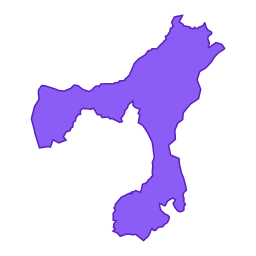 the district of Praitori, Paphos, Cyprus
{"feature_id": "46923920B29566977103124", "entity_name": "Praitori", "entity_type": "district", "adm_level": 2, "iso_a3": "CYP", "parent_name": "Cyprus", "parent_adm1": "Paphos", "projection": "robinson", "projection_center": [32.742, 34.839], "detail": "fine", "context": "isolated", "style": "filled", "palette": "violet", "viewbox_px": 256, "rotation_deg": 0, "n_neighbors": 0, "source": "geoboundaries", "source_scale": "gbopen_adm2", "svg_char_len": 3198}
<svg xmlns="http://www.w3.org/2000/svg" viewBox="0 0 256 256"><path d="M174.2,17.1L173.3,19.1L171.6,22.2L173.2,26.4L170.3,28.7L169.9,31.4L168.3,34.1L167.4,35.4L165.4,36.3L166.1,39.4L164.4,40.7L163.3,42.1L162.1,43.4L160.1,45.2L157.2,48.5L156.6,49.0L153.7,48.7L151.8,48.9L150.8,50.4L148.5,50.6L147.2,52.0L145.1,55.0L138.6,58.9L134.3,63.5L132.4,68.2L129.3,75.1L126.1,78.5L125.4,78.5L124.5,80.6L119.4,80.9L118.6,82.5L115.2,82.7L113.2,83.8L108.3,83.8L106.2,83.8L101.1,83.9L99.1,86.5L98.2,86.0L95.4,86.4L91.5,90.3L88.5,91.5L82.4,89.2L78.1,85.7L74.0,85.0L70.8,88.3L64.0,91.1L57.8,90.3L56.5,89.5L52.9,88.3L45.8,86.0L41.7,85.6L38.7,89.7L38.7,89.3L38.3,91.8L39.0,99.3L34.6,106.3L31.4,118.8L34.2,129.3L35.1,133.8L39.5,147.9L40.2,147.8L48.2,146.6L50.4,147.1L53.0,139.9L58.9,142.9L66.1,140.1L63.4,136.9L66.1,131.9L70.1,130.6L70.9,128.1L72.6,127.2L73.3,122.3L75.4,120.9L76.0,117.6L78.2,114.7L80.5,114.3L80.3,110.6L81.2,109.9L82.6,108.5L84.0,108.3L84.5,108.8L87.6,108.8L91.3,109.3L93.5,108.1L97.4,114.7L100.6,114.7L101.9,117.5L105.7,117.2L108.8,117.2L109.6,118.7L112.8,118.8L114.8,119.9L117.3,121.1L119.6,122.3L122.3,121.6L121.0,118.2L122.8,116.0L124.4,113.4L125.3,110.1L127.3,108.0L128.5,104.5L132.8,101.2L133.1,105.4L135.6,107.7L139.9,109.1L138.2,113.6L139.7,114.9L138.3,122.7L142.6,125.2L145.3,129.0L147.9,133.2L150.0,137.6L152.1,141.8L152.9,146.4L153.5,151.9L154.3,157.1L153.3,160.2L152.3,162.2L152.8,166.0L152.5,169.3L152.2,173.2L153.1,175.5L152.3,176.4L151.7,176.3L151.1,177.2L151.1,177.9L148.0,180.2L147.9,181.0L145.6,183.5L145.2,183.3L142.8,184.2L142.3,184.8L141.7,188.8L140.2,192.3L135.8,190.6L133.5,191.7L132.7,192.1L131.6,192.0L131.5,192.7L131.8,193.6L130.5,194.0L130.1,193.1L127.9,193.9L125.7,195.2L121.5,197.1L115.4,204.1L115.4,205.9L114.0,207.8L115.4,210.6L113.2,213.3L113.2,220.2L116.3,220.8L113.9,223.7L113.5,227.3L115.3,228.7L113.8,230.2L113.0,231.1L117.3,233.0L120.3,236.3L125.8,234.3L129.5,234.1L132.7,234.8L135.7,234.3L143.5,240.6L146.1,238.1L148.0,236.6L149.8,233.4L150.9,230.3L152.0,228.6L153.4,230.3L155.6,230.4L157.5,228.2L159.2,226.9L161.9,226.9L163.2,226.3L164.2,224.7L167.0,222.8L168.4,220.6L169.1,218.6L169.2,218.1L169.2,216.5L167.3,215.0L164.9,214.0L163.5,212.6L161.7,211.2L160.5,209.2L159.6,205.6L159.6,203.7L161.5,204.2L164.0,205.7L165.2,205.6L166.3,203.5L167.5,201.1L170.2,199.4L172.7,198.1L175.5,199.8L173.1,203.4L174.8,207.3L177.7,210.9L180.0,211.8L182.6,211.0L183.9,210.0L184.0,206.4L185.5,204.4L183.8,202.0L184.0,198.2L182.9,195.4L183.9,192.5L186.4,190.1L185.5,185.2L183.6,178.1L181.6,173.3L179.6,165.0L179.0,158.5L170.7,155.0L168.5,145.3L175.4,139.4L174.8,130.2L178.0,122.8L182.7,119.6L183.2,112.9L190.5,104.0L198.5,98.7L200.7,89.3L197.1,79.9L199.7,71.5L205.8,67.9L211.2,62.1L214.6,56.8L218.2,53.0L224.0,49.2L224.5,48.6L224.6,48.3L221.9,44.5L218.7,43.4L215.9,42.6L213.6,44.2L209.4,47.4L208.3,46.6L209.5,43.0L207.8,39.1L208.0,37.1L209.1,35.6L211.2,34.3L211.8,32.8L210.9,31.5L208.3,30.4L206.2,27.5L205.1,23.4L204.6,23.0L202.7,25.9L198.9,27.2L196.7,28.7L195.7,28.4L194.7,27.2L193.5,28.7L190.2,28.1L190.1,27.1L189.3,26.9L183.7,25.7L182.7,24.0L179.3,21.9L182.5,15.4L180.2,15.8L177.9,16.3L176.8,16.3L174.9,17.0L174.2,17.1Z" fill="#8b5cf6" stroke="#5b21b6" stroke-width="1.5"/></svg>